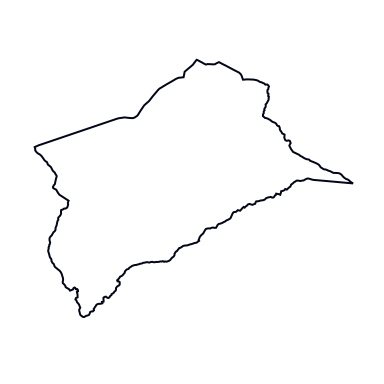 the district of Santo Antônio do Leste, Mato Grosso, Brazil, rotated 184°
{"feature_id": "56859067B48136086302792", "entity_name": "Santo Antônio do Leste", "entity_type": "district", "adm_level": 2, "iso_a3": "BRA", "parent_name": "Brazil", "parent_adm1": "Mato Grosso", "projection": "albers", "projection_center": [-53.696, -14.769], "detail": "fine", "context": "isolated", "style": "outline", "palette": "ink", "viewbox_px": 384, "rotation_deg": 184, "n_neighbors": 0, "source": "geoboundaries", "source_scale": "gbopen_adm2", "svg_char_len": 6013}
<svg xmlns="http://www.w3.org/2000/svg" viewBox="0 0 384 384"><g transform="rotate(184 192 192)"><path d="M290.8,59.8L289.2,60.9L287.7,61.5L286.3,62.1L285.6,63.5L285.2,65.2L284.0,65.8L282.6,66.0L281.5,67.2L281.9,68.3L281.0,70.0L280.1,71.5L279.5,72.7L278.7,73.4L277.5,73.9L276.2,74.0L274.9,74.3L273.7,74.7L274.1,76.1L272.6,76.4L272.6,77.6L272.9,79.2L272.9,80.5L271.8,81.3L270.6,81.6L269.7,80.9L268.2,80.4L267.1,81.0L266.5,82.4L265.2,83.5L265.1,84.5L263.9,85.3L263.0,86.1L262.4,87.3L261.4,88.1L261.0,89.3L261.1,90.9L260.1,92.5L258.5,93.6L257.7,94.5L257.8,97.0L258.7,97.7L260.0,97.7L260.5,98.7L259.5,99.8L258.7,100.9L257.7,102.6L256.3,103.3L254.9,104.7L254.3,105.7L253.5,106.7L253.4,108.0L252.5,109.3L251.5,110.3L250.0,110.8L249.2,112.1L247.9,113.0L246.6,114.1L245.2,114.7L243.8,115.2L242.6,115.3L241.7,115.7L240.0,116.2L239.1,116.7L237.8,117.0L236.8,117.3L235.9,117.9L234.0,118.3L232.5,118.8L231.4,118.9L229.7,118.6L228.4,119.2L226.9,119.6L225.8,119.3L224.5,119.3L223.0,119.7L221.7,119.8L220.5,119.9L218.8,120.5L217.6,120.5L216.2,121.0L215.0,120.4L213.9,120.9L212.7,120.7L211.7,121.0L210.0,121.8L209.0,122.7L208.1,124.0L207.2,125.2L205.9,126.2L205.1,127.6L205.1,129.2L203.9,131.4L202.9,132.0L202.3,133.0L201.7,133.8L200.8,135.2L199.5,135.6L197.0,137.6L195.4,138.1L193.5,138.3L192.0,138.8L190.3,139.6L188.8,140.0L185.6,141.4L184.4,141.6L183.3,142.2L182.6,143.1L181.5,143.8L182.0,144.7L181.6,145.8L181.3,147.2L180.4,148.8L179.4,150.0L178.4,150.9L177.7,151.9L176.3,155.0L175.5,156.1L173.9,156.7L172.4,156.9L171.2,156.9L170.2,157.6L168.5,158.0L166.8,157.8L165.5,158.0L164.8,159.5L164.2,160.8L163.1,162.0L161.3,162.5L160.4,162.9L159.3,163.5L158.3,164.2L156.9,164.9L155.8,166.0L154.5,166.6L152.4,167.9L151.6,168.9L151.0,170.6L150.3,172.5L149.8,173.9L149.0,174.8L147.5,175.1L146.4,175.5L145.8,176.3L145.0,177.1L144.0,176.9L142.7,176.7L141.5,178.2L140.4,179.7L139.4,180.7L138.4,180.1L137.5,181.2L136.2,182.3L135.2,183.6L133.7,184.1L132.2,183.7L130.9,183.4L129.3,184.2L128.1,184.7L127.9,186.0L127.2,187.2L125.9,187.3L124.6,187.6L123.0,188.3L120.7,188.7L118.9,189.5L117.6,191.0L116.0,191.8L114.4,192.2L113.1,192.6L111.6,192.0L110.2,192.3L109.5,193.3L109.0,194.3L108.1,195.0L107.9,196.2L105.2,195.9L103.8,195.4L103.2,197.7L103.1,199.0L101.4,199.5L99.9,200.3L99.2,201.5L97.6,201.0L95.6,203.2L94.3,204.2L93.6,206.3L92.0,207.6L91.1,208.7L89.9,209.5L88.5,210.6L86.9,210.8L84.8,210.5L82.8,211.1L81.5,211.3L79.5,212.7L77.8,213.5L76.4,213.5L74.9,213.2L73.4,212.8L72.1,212.6L70.6,212.5L68.6,212.5L57.4,212.3L31.9,211.8L33.7,212.7L34.8,213.4L35.8,214.2L37.4,215.3L39.1,215.7L40.9,216.7L42.5,218.0L44.1,219.7L45.4,220.5L46.9,221.0L48.5,221.1L52.1,220.9L53.2,221.3L54.5,221.9L56.0,222.5L57.5,222.8L59.2,223.5L60.4,223.8L61.9,223.8L63.5,224.6L65.3,225.6L66.6,227.2L67.6,228.2L68.6,228.7L70.5,229.5L71.9,230.0L74.1,230.7L76.4,231.4L77.2,232.4L78.2,232.6L79.7,232.7L81.4,233.2L82.8,233.8L84.7,234.9L86.3,235.5L88.0,236.7L89.6,237.3L93.9,239.0L96.1,241.6L98.1,244.9L97.8,246.1L97.0,247.6L97.8,249.6L99.0,250.2L101.2,249.7L102.5,250.2L103.2,251.4L103.8,253.1L103.6,254.6L103.7,255.8L104.7,256.2L106.0,256.6L107.0,258.2L108.6,260.1L108.9,262.0L109.7,263.7L111.2,264.0L112.0,264.7L112.7,265.9L113.9,266.8L116.4,267.6L117.5,268.1L118.7,269.1L121.6,270.5L122.8,270.8L124.4,271.0L125.3,271.8L126.5,272.6L126.6,274.2L125.9,275.8L126.1,277.5L125.3,278.6L125.7,279.8L125.2,280.8L124.6,281.7L124.4,283.0L124.7,284.5L123.6,285.8L122.0,289.5L122.1,291.2L121.9,292.3L122.8,293.1L122.5,294.1L122.6,295.4L123.5,295.9L123.8,297.6L123.8,299.0L123.1,299.8L123.1,301.0L122.6,302.6L123.3,303.7L124.5,304.5L126.3,304.2L127.5,305.3L129.2,305.8L130.2,306.3L131.4,306.4L132.6,306.9L134.1,307.7L135.7,308.1L138.3,308.4L142.6,308.3L146.1,308.1L147.7,307.7L149.0,307.6L150.5,311.2L151.4,312.7L153.2,314.3L159.3,316.9L164.2,319.1L166.9,320.3L168.1,320.8L170.8,321.9L172.9,322.9L174.2,323.4L176.2,322.3L178.2,321.0L179.8,320.8L182.0,320.8L185.4,320.7L186.9,320.1L188.3,320.6L189.4,321.1L190.3,321.5L191.2,322.0L193.8,323.1L195.3,323.8L196.6,324.2L197.6,322.8L198.1,321.9L198.9,320.8L199.9,319.1L207.7,311.5L207.9,309.9L208.4,305.9L209.9,305.6L213.3,305.0L214.8,304.3L215.9,303.7L220.1,300.8L225.2,297.4L231.7,292.8L232.8,291.6L238.0,284.5L241.2,279.7L244.4,276.5L245.8,275.0L248.6,270.2L250.6,266.5L251.3,265.1L252.4,263.8L254.6,262.2L255.7,261.7L257.1,261.5L259.6,261.5L264.5,261.7L270.5,260.4L272.8,259.5L347.2,228.3L348.2,227.9L352.1,225.8L351.4,224.2L351.3,222.6L350.2,221.2L348.9,220.1L347.8,219.4L346.7,219.0L345.6,218.2L344.4,217.2L343.8,216.4L342.9,215.4L341.5,213.5L340.4,212.6L338.8,211.7L338.2,210.6L337.8,209.4L336.7,208.6L335.7,208.0L334.6,207.1L333.7,205.8L332.9,204.3L331.9,203.1L331.0,202.4L330.1,201.6L329.6,200.5L328.3,199.0L328.1,197.9L328.7,195.4L328.8,194.2L329.1,192.4L329.3,190.4L330.3,189.1L331.1,187.2L330.6,186.1L329.0,185.4L327.6,184.8L326.5,183.1L325.5,181.7L324.2,180.1L314.5,174.7L315.1,172.7L314.7,170.8L315.0,169.2L315.5,167.7L317.1,166.6L318.3,166.6L319.4,165.7L321.3,164.8L321.3,163.2L321.1,161.2L321.7,159.5L322.7,158.2L323.5,157.3L323.7,156.2L323.4,155.0L324.0,154.0L324.3,152.8L324.8,149.0L325.5,147.1L325.6,145.9L325.5,144.8L326.1,143.5L327.4,142.1L328.3,140.3L329.0,138.8L329.9,137.9L330.7,136.5L330.9,135.4L330.7,133.6L330.0,131.9L330.1,130.4L330.7,129.4L330.6,128.2L331.2,126.8L331.0,125.7L331.3,124.4L331.3,122.8L330.2,120.1L329.7,118.4L329.0,116.7L328.0,115.7L327.5,114.6L327.3,113.2L326.2,111.5L325.0,110.7L324.4,109.5L323.9,108.2L323.0,107.3L321.6,106.4L320.3,105.4L318.9,104.5L318.0,103.7L317.3,102.9L316.5,101.6L315.9,100.3L315.5,99.0L314.9,97.7L314.5,95.9L314.5,94.6L314.7,93.5L314.5,92.1L312.9,90.8L311.7,89.3L311.4,88.3L310.2,87.6L307.9,86.5L306.8,85.1L303.9,86.5L303.6,87.7L302.7,88.5L301.8,88.2L301.2,87.1L299.9,87.2L299.0,86.3L298.8,85.0L299.9,84.7L299.5,83.2L299.0,81.5L298.8,78.9L300.3,78.2L300.8,76.6L299.7,75.8L299.1,74.2L297.7,72.8L296.8,71.8L296.2,70.3L295.4,68.8L296.3,66.8L296.2,65.4L295.7,64.2L295.2,62.4L294.5,61.3L293.2,60.5L292.2,59.8L290.8,59.8Z" fill="none" stroke="#020617" stroke-width="2"/></g></svg>